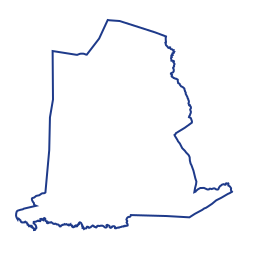 the district of Panda, Inhambane, Mozambique, rotated 273°
{"feature_id": "85939544B74614871029564", "entity_name": "Panda", "entity_type": "district", "adm_level": 2, "iso_a3": "MOZ", "parent_name": "Mozambique", "parent_adm1": "Inhambane", "projection": "robinson", "projection_center": [34.062, -24.057], "detail": "fine", "context": "isolated", "style": "outline", "palette": "blue", "viewbox_px": 256, "rotation_deg": 273, "n_neighbors": 0, "source": "geoboundaries", "source_scale": "gbopen_adm2", "svg_char_len": 5560}
<svg xmlns="http://www.w3.org/2000/svg" viewBox="0 0 256 256"><g transform="rotate(273 128 128)"><path d="M30.6,132.7L31.0,132.8L32.1,132.5L33.4,131.6L33.7,131.5L34.5,132.0L35.1,132.1L35.7,131.6L36.5,131.2L36.8,131.3L37.9,131.7L38.8,132.4L39.3,133.4L39.3,134.2L39.7,134.9L40.7,135.4L41.2,135.4L42.1,171.0L42.0,194.0L45.8,199.3L50.1,206.4L51.7,208.4L52.3,209.9L53.4,211.5L56.7,215.9L60.4,219.9L63.2,224.8L67.4,231.2L68.4,233.2L68.9,233.7L69.5,235.0L69.8,235.2L70.6,234.4L71.8,234.0L73.1,234.1L73.7,233.8L75.1,232.6L75.8,231.2L77.7,231.2L78.0,230.9L77.7,230.4L77.6,229.6L77.9,229.1L77.6,228.5L76.6,228.4L76.4,228.1L76.4,227.8L76.9,226.3L76.2,224.6L75.4,223.9L74.6,222.8L73.0,221.9L72.0,221.6L71.4,221.2L71.2,220.6L71.3,219.3L72.2,217.7L72.2,217.1L72.1,216.4L71.4,214.8L71.7,213.2L71.6,212.6L70.9,212.0L70.8,211.2L70.8,210.4L72.1,207.1L71.9,203.4L70.5,201.1L68.8,199.3L68.0,198.8L67.4,197.6L71.5,198.1L75.3,198.9L78.1,199.1L81.2,197.9L88.8,195.6L94.2,193.3L95.7,192.4L98.7,191.5L102.0,191.1L103.6,190.3L104.4,189.7L106.6,187.3L108.1,186.1L110.7,183.2L115.2,180.6L117.4,178.6L118.6,178.0L122.8,175.1L123.5,174.8L124.3,175.7L125.4,176.2L131.2,184.7L136.7,191.5L138.1,191.5L141.0,190.3L141.5,189.8L141.8,188.7L142.0,188.3L143.2,188.6L144.1,189.2L145.2,189.4L146.0,189.8L147.4,190.0L149.6,189.1L149.9,189.2L151.1,189.8L152.2,189.7L153.3,189.0L153.4,188.5L153.7,188.1L154.1,188.5L154.4,188.4L154.6,187.7L155.6,187.1L155.9,187.1L157.1,187.5L158.3,187.3L159.4,186.7L160.1,186.6L160.9,186.0L162.0,185.7L165.2,183.8L166.4,183.8L167.6,183.0L168.3,182.9L169.2,182.4L170.1,182.3L170.5,182.1L171.8,180.4L172.4,178.8L173.2,178.2L173.9,177.5L174.7,177.3L175.1,176.8L175.4,175.8L177.6,175.2L178.8,175.2L179.0,175.0L179.7,173.6L179.7,172.6L180.2,171.9L180.3,170.9L180.9,170.4L181.4,169.3L182.0,168.8L182.3,168.8L183.1,169.2L183.4,169.2L184.3,168.0L184.8,168.0L185.4,168.9L185.9,170.0L186.8,170.6L187.4,170.7L189.1,170.6L190.2,169.9L190.7,169.9L191.5,170.6L192.1,170.8L192.9,170.6L194.1,171.1L194.7,171.0L196.0,169.9L196.9,170.4L197.3,170.2L197.4,169.8L197.4,168.3L197.5,167.8L198.5,167.8L199.9,167.3L200.9,167.5L201.2,168.1L201.4,168.0L201.8,167.5L202.6,167.5L203.3,167.9L203.3,168.2L203.1,168.6L203.2,168.8L203.7,168.5L204.6,168.4L204.9,168.5L205.0,169.3L205.4,169.8L205.6,169.9L206.2,169.5L206.6,170.0L206.8,169.6L207.1,169.5L208.1,169.5L208.0,169.0L208.2,168.7L208.8,168.1L209.0,166.8L209.7,166.0L210.7,165.9L210.8,165.6L210.7,165.2L210.2,164.8L210.1,164.3L210.3,163.9L211.6,162.9L212.6,161.7L213.6,161.3L214.7,161.3L215.1,160.8L215.4,160.9L215.7,161.4L216.2,161.4L217.8,161.1L220.4,160.9L220.9,161.2L221.4,161.2L224.9,150.1L234.4,114.0L234.6,104.0L234.8,102.1L215.8,94.5L199.1,83.0L199.1,82.3L199.7,80.5L199.9,79.4L199.8,77.4L199.6,76.2L198.4,73.4L198.4,72.7L200.9,48.7L152.5,51.6L134.5,49.5L101.8,50.5L59.3,48.9L58.9,48.5L58.5,47.7L58.3,46.0L58.0,45.2L56.2,42.9L55.4,39.9L53.7,38.0L53.0,36.1L52.6,35.8L52.1,35.7L51.1,35.9L49.4,36.8L48.2,37.9L46.7,38.2L46.0,39.0L45.5,40.3L42.0,28.2L41.3,27.2L40.7,24.9L39.7,22.2L39.0,21.4L38.2,21.1L36.6,20.8L34.5,20.8L32.6,21.5L31.1,22.5L31.9,22.6L32.0,23.0L31.6,23.8L31.1,24.1L30.8,24.7L30.5,24.9L30.2,25.4L29.5,25.6L28.5,26.3L28.4,26.9L28.1,27.2L28.3,28.3L28.2,29.1L29.1,30.3L28.8,30.7L28.5,30.7L28.5,31.3L28.4,31.7L27.7,32.0L27.4,32.5L26.9,32.6L26.6,33.0L26.4,32.7L26.2,32.7L26.0,33.0L26.0,33.6L24.8,34.2L25.1,34.9L24.7,35.3L24.5,35.9L25.3,36.1L25.3,36.9L25.0,37.0L24.4,37.5L23.8,37.2L23.5,37.6L23.7,38.1L22.8,38.8L22.7,39.3L22.3,39.5L21.2,39.5L21.3,40.4L21.8,40.8L22.1,40.7L22.8,40.9L22.9,41.2L23.3,41.7L24.0,41.7L25.8,41.0L26.6,40.4L28.0,38.7L29.3,38.8L29.7,41.1L30.8,42.9L30.8,43.2L30.4,43.5L30.4,45.2L31.2,45.6L32.0,45.2L32.5,45.2L32.7,45.9L32.7,46.6L32.5,46.8L32.4,47.4L31.8,47.5L31.6,48.0L32.0,48.0L32.4,48.6L33.3,48.6L33.7,49.1L33.4,49.8L32.9,50.2L31.2,50.2L30.7,50.8L30.6,51.8L29.1,52.0L29.1,52.4L28.7,53.0L28.9,53.3L29.7,53.6L29.7,53.9L29.4,54.4L29.4,55.2L29.9,56.0L29.9,56.4L29.2,57.3L29.0,57.8L28.5,58.3L28.3,59.4L28.7,60.2L28.5,61.1L28.0,61.7L28.1,62.2L27.9,62.7L27.9,63.5L26.9,64.6L26.3,64.8L26.1,65.3L26.3,66.0L27.4,66.6L27.6,67.6L28.0,67.9L28.0,68.6L28.7,69.6L28.3,70.0L28.3,70.4L28.6,70.9L28.8,71.7L28.1,72.5L28.2,73.2L28.0,73.7L27.7,73.8L27.6,74.1L28.2,74.7L28.5,74.6L28.5,75.3L28.8,75.6L28.4,75.7L28.1,75.9L27.9,76.3L28.0,76.6L27.7,77.2L27.5,77.4L27.0,77.6L26.6,77.4L26.1,78.1L26.0,78.5L26.3,79.3L26.9,79.6L26.9,80.0L27.4,80.0L27.9,80.7L27.6,81.1L27.1,81.3L27.1,81.8L27.4,81.9L27.2,82.1L27.3,82.4L28.2,82.6L28.3,83.0L28.6,83.3L28.9,83.1L29.1,83.4L29.5,83.5L29.6,84.1L30.5,84.0L30.9,84.3L31.2,84.6L31.1,84.9L31.2,85.3L30.6,86.2L29.7,86.6L29.3,87.0L28.8,87.1L28.4,87.5L27.7,87.3L26.9,87.7L26.8,87.9L27.0,88.3L26.9,88.4L26.4,88.4L26.2,88.1L25.8,87.9L25.6,88.4L25.8,88.8L25.5,89.4L25.3,89.4L25.1,89.1L24.8,89.3L25.5,90.2L25.6,91.5L26.6,92.2L27.1,92.1L27.3,92.3L27.3,92.8L27.1,93.6L26.3,94.2L26.3,94.5L27.0,96.0L27.7,96.5L28.1,97.2L28.5,97.4L28.8,97.9L28.4,98.9L27.8,99.2L27.4,100.1L27.5,100.6L27.0,101.3L27.8,102.2L28.4,102.3L28.7,102.6L28.6,103.3L28.8,103.6L28.6,104.7L29.0,105.7L28.9,106.2L29.2,107.1L28.7,108.6L27.6,110.0L27.4,110.8L27.6,111.6L28.2,112.1L29.0,112.2L29.7,111.6L30.1,112.0L30.2,112.4L29.4,114.3L28.9,114.8L27.9,114.9L27.4,115.7L27.5,116.3L27.8,116.5L28.1,117.1L28.7,117.2L29.0,117.7L29.0,118.0L29.2,118.8L29.1,119.6L28.7,120.1L28.2,120.3L27.8,120.2L27.3,120.3L27.2,121.2L27.9,122.5L27.9,123.4L28.2,123.8L28.1,124.4L28.5,125.0L28.9,126.5L29.4,127.3L29.3,128.3L29.5,128.9L29.8,129.0L29.8,130.0L30.2,130.2L30.1,130.6L30.3,131.2L30.2,131.7L30.6,132.7Z" fill="none" stroke="#1e3a8a" stroke-width="2"/></g></svg>